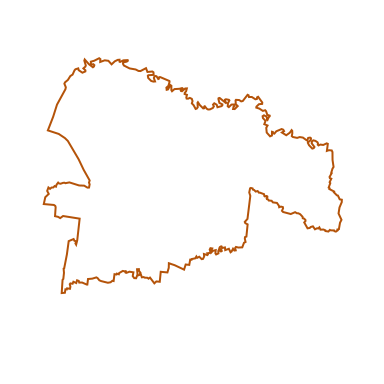 Kota Jakarta Selatan, Jakarta Raya, Indonesia, rotated 279°
{"feature_id": "22746128B93686700937380", "entity_name": "Kota Jakarta Selatan", "entity_type": "district", "adm_level": 2, "iso_a3": "IDN", "parent_name": "Indonesia", "parent_adm1": "Jakarta Raya", "projection": "albers", "projection_center": [106.81, -6.284], "detail": "fine", "context": "isolated", "style": "outline", "palette": "amber", "viewbox_px": 384, "rotation_deg": 279, "n_neighbors": 0, "source": "geoboundaries", "source_scale": "gbopen_adm2", "svg_char_len": 6013}
<svg xmlns="http://www.w3.org/2000/svg" viewBox="0 0 384 384"><g transform="rotate(279 192 192)"><path d="M264.2,300.1L263.6,298.3L261.4,297.9L261.0,297.2L263.1,293.0L263.1,289.8L261.9,287.4L262.1,283.0L262.8,281.8L265.7,281.9L268.1,281.4L268.7,280.7L265.8,279.3L262.8,276.2L264.8,271.5L266.5,273.4L267.8,272.4L268.2,270.7L265.2,265.8L262.5,264.2L262.6,262.9L263.9,262.5L264.0,261.6L260.3,262.1L259.2,260.4L262.4,256.5L267.0,255.3L269.5,256.2L270.3,252.8L273.8,253.5L276.1,250.5L277.9,249.9L279.0,251.1L278.1,253.7L277.2,254.4L275.4,254.7L275.0,255.3L277.7,256.0L279.0,256.9L279.6,256.8L280.0,254.3L283.4,252.5L284.2,251.5L283.2,249.3L284.9,245.5L285.4,242.3L286.4,242.3L289.2,244.4L290.0,247.5L291.4,247.4L296.4,242.4L295.7,241.5L294.0,241.5L293.5,240.1L295.2,236.2L294.7,233.4L296.4,232.7L296.7,231.7L289.8,227.9L289.2,226.4L290.2,224.2L289.9,221.0L289.3,220.7L285.6,221.5L284.0,223.7L280.6,221.2L280.4,219.6L282.7,219.7L283.7,220.5L285.0,219.8L284.5,217.3L281.6,215.1L282.2,213.9L285.2,213.6L288.3,214.6L288.8,214.1L288.9,211.0L288.3,210.1L286.8,210.5L285.5,211.9L285.2,211.5L289.2,204.6L288.8,203.6L288.1,203.5L284.3,205.1L283.3,208.3L282.3,208.4L281.4,207.7L279.7,203.9L282.1,202.7L283.1,200.1L281.6,199.1L280.0,200.2L278.2,199.4L276.4,196.8L276.0,195.0L276.5,193.6L278.7,191.2L278.3,190.7L276.6,190.8L276.3,190.0L279.1,186.1L281.6,183.8L281.0,183.5L276.6,184.4L275.1,183.6L274.6,182.6L278.0,180.0L279.5,178.0L281.9,178.3L284.0,177.2L284.6,175.1L283.6,173.6L283.4,172.1L284.4,171.6L287.2,171.8L287.6,169.4L288.7,169.3L290.5,170.4L293.5,170.7L293.2,169.1L290.0,166.4L290.0,165.4L290.6,165.0L292.2,166.6L292.8,166.6L293.1,166.0L292.0,163.5L290.9,158.6L288.4,156.5L289.3,155.7L293.7,155.0L294.2,154.0L289.5,152.2L289.0,151.0L291.1,150.4L293.1,152.1L297.3,152.6L298.1,152.3L300.5,142.7L300.3,141.7L298.6,141.5L298.3,141.0L300.7,138.9L300.9,138.0L300.0,136.8L298.6,136.5L295.4,138.2L295.0,136.6L295.3,134.3L297.8,130.9L299.9,130.2L300.5,130.6L301.7,135.8L304.2,135.2L304.8,134.0L303.6,129.2L307.1,127.2L303.4,122.2L303.2,120.2L304.2,117.2L304.3,111.0L306.3,104.9L307.8,103.8L309.2,103.7L310.6,107.2L311.6,108.1L312.2,107.8L311.3,103.6L309.2,100.6L309.4,100.0L311.3,99.7L310.9,98.0L309.0,95.3L305.5,92.6L308.5,88.9L308.4,85.2L306.1,81.0L308.9,80.7L309.6,79.4L306.3,74.8L304.9,71.7L302.4,72.2L302.2,72.9L302.8,74.6L302.0,75.7L300.6,75.5L299.7,74.6L302.1,70.2L306.1,65.3L304.9,65.1L300.4,67.3L299.2,67.1L297.1,65.4L295.5,67.7L294.4,67.8L292.7,65.1L294.6,61.0L296.3,60.3L295.0,57.7L293.7,56.9L289.3,55.7L287.5,53.7L283.3,51.9L280.4,49.4L279.0,49.0L275.7,51.0L273.7,50.9L257.2,45.0L244.6,43.1L230.3,40.0L228.5,51.3L225.4,58.0L223.0,61.4L206.6,74.9L197.0,81.5L187.4,89.1L185.1,88.8L183.6,89.7L180.3,89.6L180.2,89.2L180.0,88.0L181.4,84.5L180.8,79.5L182.3,69.4L180.9,65.6L181.2,64.6L180.9,63.3L179.6,60.9L179.7,59.0L180.3,58.3L178.1,57.1L176.0,56.8L176.4,55.4L174.8,54.3L174.4,52.5L172.9,51.3L174.0,49.5L170.4,48.8L167.7,50.8L163.9,47.9L156.9,47.5L157.6,57.6L156.9,59.1L155.7,59.7L146.7,60.5L146.5,63.7L145.6,65.9L148.1,68.4L148.1,85.2L126.4,86.2L121.9,85.8L123.0,84.9L125.2,85.5L125.4,83.5L127.0,82.4L124.2,77.9L110.8,78.2L96.6,77.7L96.2,77.2L92.1,78.2L86.0,78.5L85.0,77.9L71.8,79.1L72.6,82.2L76.1,82.2L76.2,83.6L77.3,83.7L77.3,86.6L79.4,86.7L81.8,85.7L82.7,86.2L82.7,88.4L84.8,88.9L84.0,91.9L86.8,92.3L86.5,94.0L84.9,94.8L85.4,97.6L84.1,102.6L84.2,103.1L89.8,102.9L90.8,107.0L92.7,110.9L92.2,112.2L90.3,114.3L89.8,116.2L89.2,123.1L90.1,125.7L91.9,127.3L91.8,128.5L98.7,128.3L98.7,130.3L99.6,130.5L99.3,132.6L100.5,132.7L103.2,136.0L103.1,138.1L102.6,138.5L104.1,139.1L102.1,139.2L101.9,139.9L103.5,142.7L103.5,146.7L99.7,146.6L97.9,148.4L98.1,150.3L102.1,151.1L107.1,149.8L107.5,151.6L105.8,152.0L104.2,153.7L101.9,153.1L102.6,154.4L99.9,155.8L100.4,157.6L100.0,158.7L100.3,161.4L99.6,162.6L100.9,163.9L95.9,169.1L98.1,170.8L98.3,174.2L108.3,173.6L108.7,180.3L113.5,180.9L118.0,180.3L117.0,186.3L114.1,196.3L119.4,197.1L119.6,200.7L124.9,200.8L125.0,202.1L125.7,202.1L127.0,205.6L129.0,206.4L127.8,207.4L129.2,209.3L127.2,212.1L127.6,213.3L130.2,214.1L132.6,213.5L132.1,217.1L133.0,217.5L133.9,216.8L134.9,219.9L137.9,218.5L139.4,219.0L139.4,220.8L136.7,220.1L135.3,220.5L137.2,221.9L138.3,224.5L135.1,224.7L134.1,225.6L135.5,227.7L137.9,227.2L138.9,227.5L137.8,229.9L138.3,230.6L139.1,230.4L140.8,227.8L141.9,228.1L142.9,229.3L142.8,229.8L141.4,230.5L142.4,233.2L139.8,233.9L141.7,237.3L138.5,239.5L139.4,240.4L142.4,241.4L140.8,243.0L141.2,244.3L143.4,243.4L144.6,244.0L144.4,246.5L145.2,250.3L150.0,251.3L151.0,252.7L154.1,251.5L155.7,251.4L156.5,252.7L168.7,252.0L169.6,249.5L170.7,248.8L174.1,251.0L197.3,250.2L200.5,248.6L204.7,248.8L205.2,249.5L205.0,251.3L203.9,251.8L203.7,253.1L202.4,254.8L203.2,256.7L201.8,258.2L202.0,259.1L201.1,263.5L199.3,264.1L199.0,264.7L199.7,266.0L199.5,267.0L198.9,267.3L197.5,266.7L196.7,267.1L196.5,268.4L195.6,269.1L195.8,272.0L194.4,273.5L194.5,277.6L192.0,280.0L190.6,280.5L191.5,282.1L191.3,284.1L190.1,284.5L187.5,283.8L186.5,285.1L185.7,293.0L188.2,297.0L187.4,299.0L187.6,300.3L187.0,302.3L184.8,305.1L183.4,305.5L183.2,307.0L182.0,308.5L181.0,308.6L179.5,307.6L174.2,311.8L174.9,313.9L176.0,314.7L177.0,316.8L174.4,319.3L175.8,321.3L175.7,322.4L177.0,323.3L174.9,324.8L175.5,327.7L175.0,329.7L174.3,329.9L174.3,332.9L176.1,334.1L175.8,334.9L176.3,338.3L175.6,338.8L175.4,340.3L176.9,341.9L177.7,341.5L178.3,342.9L184.8,343.0L187.9,344.0L193.7,340.1L199.8,340.1L205.4,341.5L207.8,341.2L207.9,339.0L211.3,336.7L211.4,335.6L214.0,332.1L214.7,332.3L216.4,327.2L217.2,327.3L217.7,326.3L222.4,327.2L223.2,326.4L226.9,327.5L227.3,326.0L228.4,325.5L232.4,327.0L232.6,326.5L237.0,327.1L238.9,327.9L245.6,325.8L253.4,324.5L254.9,323.5L254.7,320.7L253.7,318.8L260.8,318.6L261.1,317.4L259.0,314.3L258.9,311.3L257.8,309.7L258.4,308.8L259.8,308.8L260.8,308.1L261.8,305.9L262.0,303.7L260.7,302.6L258.8,302.6L255.6,305.9L254.3,305.3L253.7,304.0L256.5,300.3L258.7,298.7L259.6,298.7L260.3,300.1L262.5,301.2L263.7,301.1L264.2,300.1Z" fill="none" stroke="#b45309" stroke-width="2"/></g></svg>